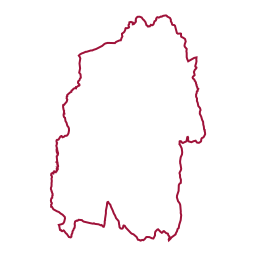 outline of Anosibe-An'ala, Alaotra-Mangoro, Madagascar
{"feature_id": "10022922B56031688474611", "entity_name": "Anosibe-An'ala", "entity_type": "district", "adm_level": 2, "iso_a3": "MDG", "parent_name": "Madagascar", "parent_adm1": "Alaotra-Mangoro", "projection": "equal_earth", "projection_center": [47.933, -19.502], "detail": "fine", "context": "isolated", "style": "outline", "palette": "rose", "viewbox_px": 256, "rotation_deg": 0, "n_neighbors": 0, "source": "geoboundaries", "source_scale": "gbopen_adm2", "svg_char_len": 5740}
<svg xmlns="http://www.w3.org/2000/svg" viewBox="0 0 256 256"><path d="M56.6,149.1L56.6,149.9L57.2,149.9L57.4,150.2L56.7,151.3L57.1,151.9L56.9,152.6L57.2,153.0L57.6,152.5L57.9,152.4L58.1,153.5L57.9,154.1L57.9,154.8L57.4,155.1L57.2,155.9L56.7,156.3L57.2,161.5L56.6,162.0L57.5,162.5L57.2,163.7L57.7,164.0L57.5,165.0L58.0,165.3L58.1,166.5L57.7,167.3L57.1,167.3L57.5,168.1L57.3,168.7L57.8,168.9L57.8,169.3L57.5,169.7L56.8,169.4L56.9,170.7L56.4,171.6L55.9,171.7L55.7,172.2L55.1,172.0L54.6,172.3L54.5,172.2L54.6,171.4L54.2,171.3L53.9,172.0L53.0,172.6L53.1,173.5L51.8,173.3L51.4,173.6L51.2,174.2L51.2,175.4L51.7,175.8L52.0,177.0L51.5,178.7L51.8,180.7L51.7,182.3L51.5,183.0L51.6,183.9L51.5,186.4L51.0,187.6L50.9,188.8L51.0,189.6L51.5,190.4L51.6,191.5L52.0,192.0L52.1,192.8L52.6,193.8L52.5,194.7L52.7,195.1L52.3,195.6L52.2,197.8L51.4,198.3L50.9,200.3L51.1,202.0L51.9,203.1L51.5,204.3L51.1,204.7L51.2,205.4L51.1,206.7L51.9,206.8L53.4,209.3L57.2,211.4L58.9,212.0L60.6,213.5L62.6,214.7L64.8,217.0L65.0,218.4L64.2,221.8L63.2,223.5L61.6,224.2L58.8,224.9L59.2,225.8L60.0,229.9L61.0,230.1L61.2,230.7L62.1,231.2L63.6,230.4L63.9,230.6L66.0,233.4L66.7,233.8L68.9,237.0L70.7,237.4L71.4,236.7L71.5,234.8L72.4,232.9L72.5,231.6L72.8,230.8L73.3,230.3L73.9,228.5L74.6,227.8L74.9,225.1L74.6,224.1L75.1,221.5L76.6,220.6L77.2,220.8L77.8,220.6L78.5,219.8L81.9,220.1L82.6,220.9L83.7,221.6L90.5,223.2L93.1,223.7L93.9,223.3L95.0,223.9L98.6,224.3L100.8,225.3L101.6,225.0L103.0,226.6L103.7,226.8L104.2,225.7L104.7,223.2L104.7,221.1L105.1,220.1L105.0,219.3L105.9,213.4L105.9,210.7L106.9,205.7L107.1,203.1L107.5,202.1L108.1,201.9L108.5,202.4L108.7,203.1L110.3,204.7L111.0,206.8L112.7,210.4L113.9,213.6L115.0,215.4L116.1,218.2L118.5,220.9L118.9,222.3L119.0,223.9L119.3,225.1L119.5,227.1L120.5,228.4L121.9,228.7L122.6,228.4L123.0,227.6L123.4,225.7L123.6,225.5L124.5,225.7L124.9,226.0L125.7,227.5L131.1,233.2L131.8,233.7L133.5,234.3L136.7,237.1L137.9,239.7L139.9,240.1L140.3,240.6L140.8,240.6L142.1,239.9L143.4,240.2L144.8,239.0L146.3,237.1L146.9,237.0L149.4,237.1L152.0,238.3L153.4,238.5L155.0,235.4L155.0,233.2L155.4,231.6L157.3,229.6L158.1,229.3L160.5,231.8L161.8,232.8L162.4,232.5L163.4,231.2L163.9,231.1L166.3,233.2L167.8,233.6L168.0,233.9L168.3,235.3L169.5,236.6L169.6,237.1L168.7,239.5L168.9,240.3L170.5,238.7L171.5,237.4L175.6,234.4L175.7,233.6L177.0,231.2L177.6,229.0L178.7,228.0L179.2,224.9L180.7,220.1L181.2,215.1L180.7,213.0L180.8,211.4L180.3,205.6L180.1,204.4L179.2,202.6L178.1,201.3L176.9,197.4L177.0,195.7L178.6,190.9L178.8,185.1L179.6,183.6L180.8,182.9L180.9,180.7L180.9,179.6L180.1,177.4L180.0,174.8L179.5,173.2L179.6,172.6L180.9,170.1L181.2,168.9L180.5,164.3L180.2,163.5L180.1,161.2L180.7,157.3L182.0,154.4L182.2,152.2L181.7,148.3L180.2,145.2L179.4,144.1L179.6,143.4L179.6,141.4L180.0,141.1L181.0,141.3L182.2,142.7L182.9,143.0L184.8,142.0L185.7,141.8L186.6,140.8L187.2,137.5L187.3,137.1L187.8,136.9L188.1,137.4L188.1,140.2L188.4,141.3L191.4,142.2L193.6,141.2L195.6,140.7L196.9,142.5L198.2,142.8L199.2,142.7L200.8,141.6L201.1,141.1L201.3,139.2L201.6,138.5L201.9,138.1L203.3,137.4L203.9,136.7L205.1,134.3L205.1,133.4L204.9,131.8L204.5,130.8L204.8,130.1L204.1,129.3L203.8,126.4L203.3,124.7L203.1,121.8L202.1,119.8L201.2,116.6L199.8,113.8L199.9,111.5L200.5,110.2L200.4,109.3L199.9,107.9L198.3,106.0L197.7,102.8L196.9,100.9L197.0,98.5L196.1,96.7L196.1,94.4L196.7,93.1L196.8,91.6L196.9,91.3L197.7,90.9L197.7,89.7L198.3,88.9L197.3,87.9L197.1,86.7L196.5,85.7L196.6,84.8L196.0,83.7L195.9,82.5L195.2,81.2L194.7,80.8L194.3,79.5L192.9,78.4L192.6,77.4L193.0,76.6L194.6,75.2L194.5,74.3L193.9,72.0L194.9,69.7L195.9,68.8L196.5,67.8L196.4,67.4L195.6,66.9L195.3,66.5L195.3,65.8L196.1,63.2L196.5,61.1L196.3,59.7L196.5,57.4L194.2,57.9L188.2,61.3L187.2,59.0L186.7,57.2L186.7,52.9L186.4,51.4L186.7,48.9L185.1,47.1L184.7,46.5L184.5,45.7L184.8,44.0L185.7,41.5L185.1,39.2L184.8,38.8L183.1,37.7L181.3,36.8L181.1,36.4L181.0,33.7L180.5,33.5L177.9,33.7L176.9,33.0L175.0,25.8L174.3,25.1L172.4,24.8L172.0,24.1L171.7,22.6L170.9,21.5L170.8,19.5L169.9,17.9L167.2,16.5L166.9,15.9L166.0,15.4L163.2,15.8L161.7,16.7L161.0,16.5L158.8,17.6L157.5,17.2L157.0,17.4L156.4,18.2L156.1,19.0L156.3,19.4L155.7,20.6L154.5,21.3L153.6,24.0L153.2,24.7L152.0,25.3L150.9,24.8L149.7,26.4L148.8,26.2L148.1,26.6L147.8,26.5L147.2,25.6L146.4,25.1L145.5,22.2L144.0,20.2L142.9,19.3L141.7,17.5L139.7,16.7L137.6,16.8L136.6,17.6L135.8,19.1L135.9,20.3L135.6,20.9L135.9,21.4L135.7,22.0L133.8,24.1L132.8,24.3L132.8,23.6L133.2,22.9L132.7,22.4L131.7,22.3L131.0,21.9L129.4,22.3L129.1,24.4L128.5,25.0L128.6,26.1L129.1,27.0L128.9,27.5L127.7,28.1L125.7,28.1L125.4,28.6L125.3,29.7L124.4,31.7L123.5,32.6L122.0,33.7L122.0,35.0L122.4,36.4L121.6,37.9L120.8,40.3L119.5,40.4L116.1,41.9L114.9,43.1L107.6,42.9L105.6,43.4L104.5,43.9L102.2,45.9L96.1,49.0L93.3,49.9L92.5,50.4L90.7,50.5L86.6,51.8L85.7,51.8L83.3,52.9L81.8,53.4L80.0,54.4L78.8,55.6L79.8,57.0L80.3,58.4L79.5,63.4L80.1,68.4L79.2,72.7L80.5,74.3L80.8,77.6L80.6,78.0L80.0,78.5L79.4,80.3L78.2,81.3L78.0,82.5L78.2,83.3L79.4,84.4L79.5,85.2L79.3,85.5L79.0,85.4L76.6,87.1L76.0,87.1L76.0,88.3L74.6,88.2L73.5,88.8L72.1,90.4L71.6,90.5L71.4,90.9L71.3,91.9L70.3,92.3L67.3,94.9L67.1,95.3L67.3,96.2L66.7,96.8L66.8,97.9L66.6,98.3L67.3,99.6L66.7,101.7L64.8,103.9L64.2,104.8L63.4,104.8L63.1,105.1L63.1,107.0L63.6,109.9L64.1,110.8L63.9,112.2L64.4,113.4L64.4,113.7L63.8,113.7L63.6,114.1L63.6,115.8L64.2,117.3L65.0,117.8L65.5,121.1L66.5,122.7L67.3,125.7L68.5,127.3L68.9,128.4L69.0,130.5L68.5,133.2L67.8,134.6L66.9,135.6L66.2,135.8L65.0,135.8L64.2,136.6L62.6,137.3L62.3,137.1L61.6,136.0L61.3,136.0L60.3,136.7L58.6,139.5L58.0,139.8L57.1,139.8L56.7,140.1L56.5,140.6L56.5,141.8L57.1,143.0L56.7,143.9L56.8,144.5L56.3,145.7L56.8,147.7L57.1,148.2L56.6,149.1Z" fill="none" stroke="#9f1239" stroke-width="2"/></svg>